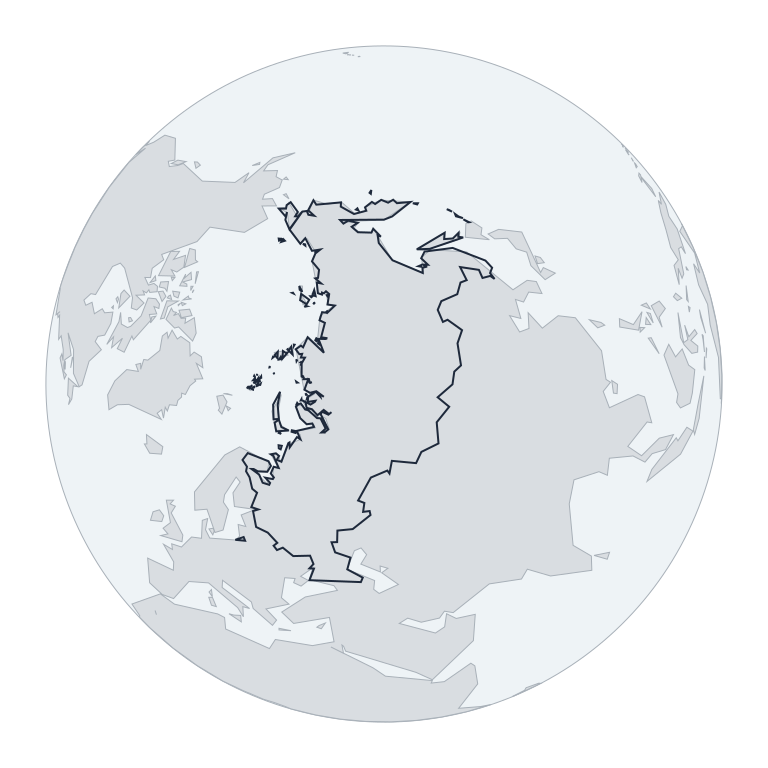 Russia on an orthographic globe, rotated 287°
{"feature_id": "RUS", "entity_name": "Russia", "entity_type": "country or territory", "adm_level": 0, "iso_a3": "RUS", "parent_name": "Europe", "parent_adm1": "", "projection": "orthographic", "projection_center": [98.07, 61.527], "detail": "fine", "context": "on_globe", "style": "outline", "palette": "slate", "viewbox_px": 768, "rotation_deg": 287, "n_neighbors": 0, "source": "natural_earth", "source_scale": "50m", "svg_char_len": 17977}
<svg xmlns="http://www.w3.org/2000/svg" viewBox="0 0 768 768"><g transform="rotate(287 384 384)"><circle cx="384" cy="384" r="338" fill="#eef3f6" stroke="#a8b0b8"/><path d="M521.4,75.3L539.8,87.0L531.0,79.7L539.5,84.0L547.5,88.8L542.3,86.3L547.9,93.1L557.9,101.7L558.0,112.7L537.0,118.5L533.9,112.6L529.2,115.1L532.7,123.0L536.2,127.6L524.9,150.9L533.2,182.6L546.6,193.1L535.3,190.8L567.8,211.7L579.2,231.5L559.7,208.9L552.6,206.6L557.0,219.7L550.7,220.2L549.3,227.0L541.3,226.6L530.5,214.1L525.2,213.8L528.7,223.1L522.9,229.1L518.6,215.3L508.1,224.4L488.2,206.2L483.1,171.7L465.5,163.5L442.9,133.5L438.4,137.0L426.9,128.5L417.5,129.6L416.0,124.2L409.7,129.8L412.9,134.6L411.2,138.8L405.9,140.0L403.1,133.2L405.3,131.6L401.7,130.2L402.6,126.4L399.2,129.0L396.4,120.9L391.3,130.8L382.5,125.9L382.8,120.1L393.0,118.3L419.0,102.1L422.5,96.5L417.0,90.0L385.2,82.0L384.7,77.3L376.5,72.5L372.1,75.8L376.8,80.9L366.5,86.5L373.6,92.6L370.4,96.0L373.5,103.7L362.0,105.1L349.1,102.6L345.9,96.5L340.1,95.4L334.1,103.7L319.5,95.3L294.9,95.5L292.3,93.3L303.4,83.9L326.1,77.1L340.6,66.9L319.9,76.4L313.9,71.7L308.2,72.3L302.0,74.5L299.9,77.6L295.5,76.8L314.2,66.6L318.5,67.1L312.5,70.2L323.1,67.2L335.7,61.2L331.6,59.8L354.9,53.7L352.3,52.8L355.9,51.3L358.5,53.0L354.3,50.1L381.0,46.5L378.5,46.1L387.7,46.1L393.1,46.3L406.7,47.1L423.0,48.5L422.4,48.3L444.6,51.7L461.8,55.2L492.0,63.8L521.4,75.3ZM690.9,253.2L688.6,251.1L688.4,247.8L690.9,253.2ZM688.2,253.0L688.8,253.0L688.6,253.6L688.2,253.0ZM688.7,255.5L688.4,253.7L689.1,256.1L688.7,255.5ZM689.7,259.4L689.1,257.2L689.3,257.6L689.7,259.4ZM690.2,264.5L690.2,265.6L689.3,263.3L690.2,264.5ZM538.8,129.7L533.5,123.1L532.6,116.1L537.8,121.4L538.8,129.7ZM539.6,144.4L535.3,141.1L541.0,137.8L541.7,140.7L539.6,144.4ZM557.6,200.8L554.4,194.1L559.6,200.5L557.6,200.8ZM550.5,228.0L553.4,229.9L551.4,232.7L550.5,228.0ZM379.7,102.4L376.7,103.0L377.6,101.2L379.7,102.4ZM383.9,105.3L387.1,102.8L389.6,103.9L387.5,105.3L383.9,105.3ZM537.4,234.8L533.3,239.0L535.6,232.5L537.4,234.8ZM379.2,108.1L393.6,106.0L397.9,108.0L393.6,115.4L379.2,108.1ZM529.7,240.0L519.9,250.8L525.5,255.7L504.1,248.6L519.5,241.5L521.5,232.6L524.5,238.8L529.7,240.0ZM416.2,135.6L412.6,130.6L420.5,133.7L416.2,135.6ZM421.7,136.7L448.4,141.3L451.1,149.7L441.6,146.3L449.0,156.6L437.2,158.4L430.5,153.1L431.1,147.2L426.1,152.5L421.7,136.7ZM493.8,243.2L489.9,244.2L492.0,240.8L493.8,243.2ZM411.1,140.7L416.3,140.7L419.0,148.0L409.2,149.3L411.5,146.5L411.1,140.7ZM456.8,158.6L457.0,164.4L447.5,167.4L446.4,170.1L437.2,159.2L456.8,158.6ZM408.2,145.5L404.1,149.8L398.0,147.6L406.3,141.2L408.2,145.5ZM423.9,149.4L424.7,152.9L421.0,151.3L423.9,149.4ZM374.1,142.8L380.2,142.3L382.2,146.0L374.1,142.8ZM403.0,151.6L405.1,152.3L406.6,153.8L402.7,156.2L403.0,151.6ZM431.1,162.2L427.1,162.3L434.4,166.8L427.6,169.4L422.7,161.7L421.9,166.2L419.8,167.0L418.2,159.9L431.1,162.2ZM403.2,163.1L394.6,154.7L382.8,154.6L380.8,151.2L400.1,152.1L403.2,163.1ZM412.1,161.8L406.1,161.8L406.6,157.5L411.0,154.8L412.1,161.8ZM424.7,174.1L436.4,172.0L437.1,173.7L424.7,174.1ZM399.7,163.9L401.8,165.9L398.8,164.4L399.7,163.9ZM416.9,171.8L421.0,170.8L421.6,172.8L416.9,171.8ZM402.7,171.0L400.0,168.2L402.9,166.2L402.7,171.0ZM409.2,172.1L409.1,175.2L405.6,167.2L410.9,171.2L409.2,172.1ZM416.9,173.9L418.6,174.8L415.1,174.1L416.9,173.9ZM393.3,180.4L388.2,170.8L394.6,166.4L398.7,176.2L393.3,180.4ZM82.2,231.9L89.5,218.5L91.1,218.1L99.9,207.3L117.9,231.5L112.2,248.0L115.5,292.2L114.1,299.8L103.4,304.2L97.5,351.8L107.9,354.8L112.9,392.1L122.9,411.6L144.8,400.1L128.6,367.6L136.0,352.9L157.3,371.0L173.0,399.8L176.5,395.1L175.1,369.7L187.5,369.7L175.7,360.5L174.0,369.1L166.5,363.8L167.6,355.7L172.0,355.8L169.7,345.7L149.6,348.4L145.7,357.5L134.4,336.9L126.8,350.3L120.6,347.9L131.1,324.5L136.8,320.9L149.1,287.0L142.1,288.7L130.0,321.1L129.8,314.1L120.3,317.6L127.4,309.4L142.5,274.4L138.1,255.2L117.3,245.5L117.9,233.5L125.4,218.0L148.4,208.9L144.3,237.0L152.4,234.9L166.3,220.0L163.9,230.1L169.1,227.7L168.9,238.0L181.4,244.7L183.1,254.6L200.5,250.1L203.8,254.7L192.5,255.9L185.7,262.4L191.4,287.7L196.2,290.4L207.0,285.6L207.3,293.5L217.0,285.7L226.4,297.7L223.1,276.8L235.8,271.4L248.2,275.1L251.8,269.8L231.5,263.9L224.0,265.0L218.4,271.9L197.3,272.8L192.6,265.8L212.5,251.3L208.0,240.0L225.4,234.3L269.6,252.5L281.7,264.4L275.3,297.2L265.3,297.8L262.6,286.1L253.7,302.7L259.9,298.6L260.1,305.4L272.2,302.6L272.9,307.4L283.3,296.9L285.6,302.4L278.9,309.0L298.8,310.4L306.8,320.8L310.9,318.9L313.1,313.9L321.8,330.9L324.5,328.8L322.7,322.4L326.8,314.1L337.5,306.3L339.9,312.6L336.4,316.3L332.6,333.7L322.8,343.0L324.9,344.8L334.0,338.4L338.6,316.9L344.4,310.5L343.6,320.7L344.3,316.5L348.0,315.3L353.8,320.2L355.3,309.1L391.9,289.5L406.9,297.6L402.1,308.4L430.2,303.0L444.9,313.6L443.2,307.5L455.5,301.5L451.1,298.1L451.2,294.7L480.8,279.1L489.6,280.7L500.4,268.1L499.6,265.1L493.6,263.1L504.1,248.6L525.5,255.7L526.4,262.0L539.2,262.6L539.4,277.3L545.5,290.1L538.3,306.6L543.8,315.7L548.2,314.9L558.9,327.1L565.7,355.8L540.8,335.9L526.7,295.8L530.8,312.2L524.1,309.7L522.0,316.4L525.3,328.2L529.3,328.7L505.0,355.5L501.6,389.4L515.9,382.9L525.9,389.0L534.5,424.4L511.8,479.8L525.0,490.6L526.5,499.7L516.7,508.6L514.2,495.5L503.2,493.5L503.3,485.0L486.7,495.7L486.1,484.1L473.4,498.5L479.5,506.4L494.3,501.0L483.7,519.1L500.2,530.6L503.3,547.6L479.4,582.3L453.3,595.0L451.9,600.1L441.0,595.8L427.2,606.5L448.2,630.0L447.9,636.9L425.2,651.4L424.6,646.7L395.6,635.4L390.7,651.3L412.7,663.1L420.2,675.6L403.6,672.4L395.8,660.8L385.6,656.4L388.0,643.2L378.9,621.2L362.0,624.3L363.0,615.2L347.9,593.7L323.5,596.2L285.0,612.0L280.1,632.6L266.6,637.2L249.1,599.4L248.8,575.2L237.7,572.5L223.6,543.1L185.6,517.0L184.4,508.2L176.4,505.5L167.1,489.3L167.0,475.1L159.5,468.6L160.9,506.0L169.5,513.0L182.6,511.0L180.9,521.6L190.4,538.6L164.7,544.5L115.3,516.7L117.6,498.9L117.3,425.4L121.3,422.1L121.6,421.4L122.1,420.1L114.6,424.0L117.0,410.1L109.4,456.3L105.0,470.8L114.5,516.9L111.8,516.6L117.0,528.7L142.4,548.7L141.0,553.3L124.6,561.3L95.7,550.2L103.7,570.5L108.7,579.9L94.7,558.7L82.4,536.5L71.8,513.4L63.0,489.6L56.0,465.2L50.8,440.4L47.5,415.2L46.1,389.9L46.7,384.3L47.3,372.8L47.3,360.8L48.8,347.1L49.6,338.8L52.8,316.8L60.1,287.7L69.9,259.3L82.2,231.9ZM100.5,231.3L97.4,233.4L97.4,233.5L100.5,231.3ZM182.3,440.6L196.5,456.4L202.8,437.0L208.9,441.6L208.8,433.5L203.2,435.5L205.0,414.5L215.7,417.3L220.5,410.0L215.9,404.4L196.0,402.8L193.3,432.5L184.6,434.2L182.3,440.6ZM312.8,72.3L311.2,73.1L304.7,74.8L307.3,73.0L312.8,72.3ZM278.4,89.8L272.0,88.3L278.4,87.9L280.8,84.8L297.3,80.5L291.9,92.1L291.4,87.4L278.4,89.8ZM317.7,78.7L307.9,79.6L318.8,78.1L317.7,78.7ZM198.0,206.0L193.6,211.9L187.5,211.7L185.4,200.5L194.3,200.5L198.0,206.0ZM189.0,220.3L209.3,209.8L211.4,216.7L206.8,214.5L206.1,220.2L198.5,218.2L180.7,235.8L174.1,236.9L173.8,214.8L177.5,221.2L181.5,214.9L189.0,220.3ZM257.4,174.8L266.2,171.6L259.4,190.8L251.9,191.7L249.3,180.2L256.6,172.4L257.4,174.8ZM368.8,122.1L372.7,120.4L373.5,122.2L370.9,125.0L368.8,122.1ZM376.8,142.3L353.0,131.4L356.2,128.9L338.4,126.2L339.8,118.6L351.3,120.5L339.1,112.9L350.0,111.6L340.8,107.3L366.1,112.3L375.5,111.2L364.5,115.3L363.0,122.2L365.1,124.9L378.1,131.8L397.3,133.3L398.8,140.9L394.8,145.9L390.4,146.6L390.8,141.4L384.6,146.2L381.9,139.3L376.8,142.3ZM346.6,206.0L348.9,198.5L336.0,209.2L333.2,201.4L331.8,203.1L325.7,199.0L315.9,197.1L316.1,193.2L312.3,194.2L308.1,191.7L302.8,191.9L301.4,184.9L294.8,184.7L297.8,181.6L286.9,183.1L294.4,178.9L289.7,175.6L285.0,181.4L289.9,145.9L286.2,135.1L279.0,128.5L292.8,122.9L308.3,125.7L322.6,133.8L324.2,145.4L330.1,141.0L332.6,145.3L326.9,147.0L337.2,147.1L337.8,151.2L350.5,159.8L365.1,158.0L370.1,161.4L364.7,164.1L373.5,165.6L366.6,173.2L370.1,175.8L366.7,186.2L354.2,190.4L359.0,193.1L356.7,201.4L346.6,206.0ZM392.0,183.2L377.7,189.5L369.1,188.4L378.5,170.9L376.3,167.4L382.1,156.6L394.4,158.5L391.6,161.3L391.8,164.6L387.9,162.7L391.2,166.7L387.4,170.8L389.0,175.1L383.9,175.9L392.0,183.2ZM119.0,302.9L119.1,307.9L120.8,314.6L114.8,317.1L119.0,302.9ZM128.8,278.8L129.8,282.3L122.1,288.7L122.0,283.7L128.8,278.8ZM137.0,279.1L130.5,282.0L133.9,277.5L137.0,279.1ZM194.2,259.0L196.1,262.7L193.8,264.6L189.7,264.4L194.2,259.0ZM307.8,237.8L310.5,233.2L312.7,233.8L323.4,227.7L326.3,233.3L321.0,239.1L307.8,237.8ZM138.3,397.8L131.6,395.6L131.8,390.9L134.1,392.6L138.3,397.8ZM119.7,355.0L120.9,367.2L118.1,355.5L119.7,355.0ZM312.9,242.8L316.9,239.6L315.9,244.4L312.9,242.8ZM329.0,237.1L328.9,242.3L327.9,233.3L329.0,237.1ZM123.8,599.7L122.8,598.2L132.2,608.0L135.1,608.7L143.2,619.6L143.5,621.4L123.8,599.7ZM502.9,684.4L512.5,681.8L512.0,682.4L502.9,684.4ZM492.9,685.5L504.0,682.4L490.8,687.2L492.9,685.5ZM508.3,681.1L519.6,676.2L524.5,673.6L523.5,675.1L508.3,681.1ZM485.3,687.5L443.3,695.4L426.6,695.8L430.7,693.2L457.8,690.1L485.3,687.5ZM429.3,693.2L403.6,688.1L367.7,664.0L380.6,665.1L418.0,679.2L415.6,681.7L431.2,686.3L429.3,693.2ZM491.1,669.8L488.6,677.0L465.6,681.5L455.1,682.3L447.8,674.5L451.9,669.2L460.5,668.0L493.5,643.3L505.2,644.7L495.2,654.9L504.7,658.9L491.1,669.8ZM281.5,635.0L289.0,648.9L281.7,648.7L281.5,635.0ZM506.4,626.0L493.4,638.3L505.1,623.3L506.4,626.0ZM513.0,612.3L514.1,616.8L508.5,613.8L513.0,612.3ZM452.0,607.4L442.9,609.7L442.4,606.1L453.9,600.8L452.0,607.4ZM505.5,561.6L506.3,573.5L504.8,577.9L500.2,572.0L505.5,561.6ZM343.9,288.8L325.8,290.8L314.7,296.6L311.5,306.5L308.2,293.8L325.3,284.8L343.9,288.8ZM385.7,288.6L388.4,280.5L392.4,283.7L392.4,286.0L385.7,288.6ZM383.6,283.9L377.2,274.7L382.1,269.9L386.2,278.1L383.6,283.9ZM344.4,258.0L338.8,258.1L339.7,254.1L344.4,258.0ZM465.7,711.9L463.9,712.2L468.3,711.2L468.3,709.9L507.2,696.1L535.8,678.7L554.8,670.2L570.8,655.9L589.5,644.9L582.4,653.5L600.0,642.8L616.5,622.2L622.7,623.2L624.5,621.4L605.2,639.4L584.6,656.0L562.7,670.8L539.7,683.9L515.8,695.2L491.1,704.5L465.7,711.9ZM681.4,543.8L682.8,541.1L683.1,540.7L681.4,543.8ZM526.6,676.7L540.3,667.4L547.4,663.9L526.6,676.7ZM680.1,545.5L677.0,550.4L677.5,549.2L680.1,545.5ZM680.7,543.5L680.6,543.0L681.9,542.2L680.7,543.5ZM675.1,550.5L678.6,546.5L674.6,551.5L675.1,550.5ZM672.7,554.3L669.9,557.4L670.1,556.8L672.7,554.3ZM636.9,596.8L648.0,590.9L638.2,600.9L627.6,607.4L618.0,619.0L596.8,634.2L602.1,628.2L599.6,626.2L576.9,638.5L572.3,638.1L580.7,631.5L565.3,637.3L582.2,626.7L588.8,629.1L598.3,618.3L613.9,608.6L628.6,598.8L639.8,592.6L636.9,596.8ZM581.7,640.0L584.6,638.3L581.9,641.5L581.7,640.0ZM664.5,562.0L668.6,559.0L668.0,560.3L665.9,562.6L664.5,562.0ZM642.5,589.1L654.8,572.1L657.5,569.1L649.3,582.8L642.5,589.1ZM652.1,571.9L657.5,566.7L660.2,566.2L659.0,568.2L652.1,571.9ZM547.2,652.4L546.5,654.4L542.0,655.0L547.2,652.4ZM553.1,648.8L566.5,644.1L551.8,650.8L553.1,648.8ZM511.2,658.5L515.3,661.6L528.2,654.3L518.3,661.7L526.9,665.2L523.8,668.7L515.4,664.7L512.0,673.0L506.2,674.6L503.3,669.4L509.3,659.5L515.0,654.0L538.3,644.2L511.2,658.5ZM553.1,643.7L549.5,640.1L552.1,635.3L556.1,636.4L553.1,643.7ZM538.4,631.0L528.3,627.6L519.6,633.4L537.0,616.7L543.8,622.9L538.4,631.0ZM529.3,618.1L521.1,623.6L529.3,614.5L529.3,618.1ZM518.8,621.8L517.5,616.7L524.2,615.3L518.8,621.8ZM533.6,616.8L534.6,607.0L538.2,611.2L533.6,616.8ZM513.7,605.1L528.6,609.6L509.9,611.7L507.4,592.8L515.3,590.0L513.7,605.1ZM546.9,501.8L544.0,495.7L550.6,491.0L550.7,496.5L546.9,501.8ZM569.6,471.3L551.4,487.8L536.4,501.2L541.9,502.3L540.1,515.4L530.9,507.6L540.1,489.9L551.8,481.9L551.9,470.9L559.4,459.5L555.2,447.4L557.9,439.7L565.4,448.4L569.6,471.3ZM552.8,442.6L548.1,418.9L561.3,415.4L565.4,419.8L561.9,432.0L555.1,433.1L552.8,442.6ZM550.8,412.3L544.2,413.2L523.3,383.4L522.2,376.3L545.1,396.5L540.1,398.6L542.9,406.7L550.8,412.3ZM492.0,247.2L490.1,244.4L493.9,245.5L492.0,247.2ZM448.5,293.0L449.3,288.7L453.7,289.9L448.5,293.0ZM453.8,277.4L448.3,279.1L453.2,274.7L453.8,277.4ZM436.1,283.4L445.6,278.5L438.0,287.0L436.1,283.4Z" fill="#d9dde1" stroke="#a8b0b8" stroke-width="1"/><path d="M521.1,453.0L516.8,459.0L518.4,454.0L514.2,447.2L520.9,441.4L518.1,422.6L507.5,432.7L503.4,427.5L491.3,427.8L480.0,414.6L470.6,413.7L460.6,422.2L464.0,426.0L458.3,442.9L444.4,442.4L424.3,452.2L416.4,447.6L403.7,449.6L387.0,439.2L381.3,453.0L362.8,445.6L343.1,453.5L330.0,439.6L317.7,437.8L312.8,414.0L300.0,415.4L302.2,412.5L290.7,398.8L265.0,393.3L264.5,400.0L255.6,401.4L258.3,407.4L254.8,409.4L236.1,396.5L230.2,382.3L219.1,385.4L217.3,380.1L208.7,386.5L208.2,402.7L196.0,403.1L192.6,420.3L187.8,419.8L174.6,370.1L187.0,371.0L185.9,366.6L191.2,369.2L198.2,363.5L192.9,347.5L197.9,335.1L193.9,330.2L197.1,325.7L200.9,328.4L207.9,316.3L209.9,303.5L224.2,295.9L227.3,300.5L227.5,293.1L242.9,294.4L245.3,288.6L255.5,282.7L260.2,277.6L264.9,277.1L270.0,270.9L278.1,273.9L276.4,296.1L272.6,299.8L266.0,298.1L263.6,288.8L264.6,284.2L264.0,282.1L260.9,291.1L254.1,296.8L254.0,303.7L256.1,304.0L259.7,297.9L260.6,305.5L262.4,306.0L265.3,301.9L272.6,302.7L272.9,307.9L282.9,299.3L283.7,296.3L286.1,300.9L284.5,304.7L280.1,303.6L279.7,308.6L299.5,309.8L300.5,310.7L295.8,312.4L307.8,316.3L306.7,320.2L313.7,314.3L322.5,329.6L325.3,327.0L322.9,321.8L326.9,313.8L336.5,306.4L339.6,308.1L341.1,310.1L336.6,316.0L336.8,319.3L331.8,329.9L332.6,333.3L324.3,341.2L319.3,338.3L320.3,341.3L324.3,344.0L336.5,332.4L339.4,332.7L338.4,339.8L341.7,342.0L339.2,340.2L341.6,333.9L334.6,329.5L338.8,322.5L338.6,317.0L343.4,314.4L344.5,310.7L342.8,319.7L346.7,323.1L348.0,323.4L344.6,316.4L349.7,315.1L356.6,321.0L353.2,326.9L355.3,325.7L354.2,330.2L357.3,321.4L353.9,315.7L355.3,309.6L365.8,310.1L363.5,312.3L363.4,313.0L364.6,314.5L363.7,312.6L366.8,310.7L365.0,305.5L366.7,305.4L367.9,303.9L367.4,302.9L378.4,299.6L377.2,298.7L386.1,300.7L385.0,296.8L388.9,296.9L387.8,294.3L391.4,289.4L396.4,293.4L395.4,295.9L406.4,297.3L396.3,317.4L405.0,310.5L403.0,310.5L403.6,309.1L408.2,308.7L409.9,314.8L410.5,315.7L411.1,315.6L410.3,310.2L425.2,309.6L426.1,303.7L434.6,303.8L435.2,307.3L437.8,308.8L434.5,308.4L444.6,314.1L443.5,306.7L454.0,305.3L455.7,301.4L453.1,300.0L453.3,298.0L451.4,298.5L451.5,294.2L461.3,290.1L461.8,294.5L464.9,287.4L466.2,289.9L474.2,288.5L480.2,279.3L488.8,280.2L494.0,283.8L490.3,276.2L500.4,266.1L493.6,263.0L504.0,248.6L525.0,255.5L526.9,259.6L523.7,262.2L524.5,268.1L528.0,260.7L539.1,262.8L535.7,266.8L545.1,289.8L541.0,290.8L537.8,305.6L544.5,316.4L547.4,314.2L554.6,319.2L553.5,322.9L559.3,327.5L558.6,334.9L562.9,338.9L560.7,343.5L565.8,356.1L546.6,342.8L541.2,336.0L528.0,294.0L525.5,298.3L529.8,302.1L530.4,311.7L524.9,307.1L521.5,314.7L525.1,327.7L529.3,328.3L524.0,337.9L524.2,334.5L517.3,337.8L504.8,356.0L501.5,388.6L506.4,386.8L508.9,390.9L508.6,388.3L509.7,386.8L510.9,391.2L515.1,382.8L522.5,384.1L534.2,409.9L531.7,444.9L526.8,453.4L521.1,453.0ZM504.3,248.3L512.1,241.7L520.1,241.0L515.4,240.9L521.0,232.1L523.1,239.0L526.6,238.6L530.6,241.6L523.3,251.3L518.4,250.0L519.2,252.8L525.0,255.5L504.3,248.3ZM346.2,286.9L332.8,288.5L319.8,293.7L318.0,288.7L331.8,284.0L346.2,286.9ZM522.4,376.0L546.4,397.8L540.2,399.2L543.3,407.3L550.4,411.1L546.5,412.0L547.3,416.9L526.6,388.2L522.4,376.0ZM315.1,290.7L319.1,293.9L312.8,298.5L311.7,306.5L307.2,294.8L315.1,290.7ZM437.7,286.7L439.6,279.3L446.0,278.4L442.7,287.9L437.7,286.7ZM378.6,279.5L386.0,277.7L385.1,280.9L386.1,282.7L378.6,279.5ZM379.7,271.0L383.8,273.0L377.5,274.6L379.7,271.0ZM389.3,280.9L389.0,283.3L392.5,284.4L385.5,287.9L389.3,280.9ZM448.2,278.9L449.5,275.8L452.9,274.3L448.2,278.9ZM191.5,287.4L196.6,294.5L193.5,297.0L191.5,287.4ZM342.0,257.2L344.4,258.2L339.5,256.4L342.0,257.2ZM448.1,289.6L453.4,289.8L448.0,292.9L448.1,289.6ZM493.0,245.3L490.4,241.7L492.3,240.8L493.0,245.3ZM295.0,304.3L291.3,304.3L291.7,302.2L294.6,301.1L295.0,304.3ZM346.5,259.1L348.9,259.6L349.0,261.2L346.5,259.1ZM352.4,263.3L350.1,264.6L349.3,263.0L350.6,262.1L352.4,263.3ZM354.0,264.8L352.7,263.5L355.3,264.3L354.0,264.8ZM313.2,313.4L311.3,313.7L311.3,309.6L312.8,309.4L313.2,313.4ZM379.6,277.3L377.8,278.4L376.8,276.6L379.6,277.3ZM349.4,257.8L351.9,258.9L350.1,259.6L349.4,257.8ZM493.0,245.3L492.0,247.3L490.0,244.4L493.0,245.3ZM341.6,254.8L342.3,256.5L339.9,254.1L341.6,254.8ZM340.4,306.8L337.6,306.1L340.6,306.5L340.4,306.8ZM408.0,305.9L407.5,307.8L405.2,306.8L405.8,305.5L408.0,305.9ZM494.3,265.5L494.5,267.8L493.3,268.3L494.3,265.5ZM347.7,263.6L347.2,262.2L348.5,264.0L347.7,263.6ZM350.5,260.0L350.0,261.7L349.5,260.0L350.5,260.0ZM567.4,402.2L566.0,406.3L565.7,411.0L565.4,403.8L567.4,402.2ZM346.0,262.2L345.7,263.9L344.9,263.0L346.0,262.2ZM349.7,314.5L347.3,315.0L346.9,314.6L349.7,314.5ZM544.2,307.2L542.5,308.8L542.6,306.2L544.2,307.2ZM446.4,288.0L447.0,290.0L445.7,289.1L446.4,288.0ZM506.7,382.5L508.7,384.9L507.0,385.2L506.7,382.5ZM565.3,358.7L566.7,363.5L565.4,363.2L565.3,358.7ZM344.2,261.2L342.9,260.8L343.0,260.2L344.2,261.2ZM352.2,311.6L351.1,313.3L350.8,312.7L352.2,311.6ZM435.8,286.1L435.8,287.6L434.5,285.3L435.8,286.1ZM563.3,417.3L564.7,411.7L563.6,418.0L563.3,417.3ZM377.7,269.9L377.7,270.7L376.6,269.9L377.7,269.9ZM307.4,297.9L306.2,300.2L306.4,297.7L307.4,297.9ZM352.7,262.0L351.8,262.2L351.4,261.6L352.7,262.0ZM367.9,269.5L366.5,269.8L366.4,269.6L367.9,269.5ZM562.6,314.3L565.8,315.2L562.0,315.8L562.6,314.3ZM490.4,280.3L489.9,280.6L489.2,279.2L490.4,280.3ZM569.5,395.1L568.7,398.7L569.5,392.9L569.5,395.1ZM353.7,257.8L352.6,257.3L354.0,257.5L353.7,257.8ZM341.4,260.1L340.3,260.4L340.3,259.9L341.4,260.1ZM356.4,260.2L355.6,260.0L355.3,259.4L356.4,260.2ZM347.7,265.9L347.0,265.9L346.9,265.4L347.7,265.9ZM380.2,297.8L381.5,298.8L380.1,298.2L380.2,297.8ZM361.2,275.0L362.3,275.9L362.5,276.3L361.2,275.0ZM382.0,292.9L381.1,293.9L380.3,293.7L382.0,292.9ZM345.4,309.5L344.2,310.0L343.9,309.2L345.4,309.5ZM321.3,339.8L320.2,340.7L320.1,339.1L321.3,339.8ZM441.0,293.3L441.8,294.2L439.6,293.1L441.0,293.3ZM360.6,299.4L360.1,300.9L359.7,300.0L360.6,299.4ZM452.2,303.3L452.7,304.2L451.4,304.3L452.2,303.3ZM366.0,304.2L367.2,303.9L367.3,304.2L366.0,304.2ZM395.3,286.3L395.4,287.0L394.1,286.7L395.3,286.3ZM341.3,259.4L340.6,259.6L340.7,258.9L341.3,259.4ZM444.7,270.3L444.1,271.0L444.3,269.6L444.7,270.3Z" fill="none" stroke="#1e293b" stroke-width="2"/></g></svg>